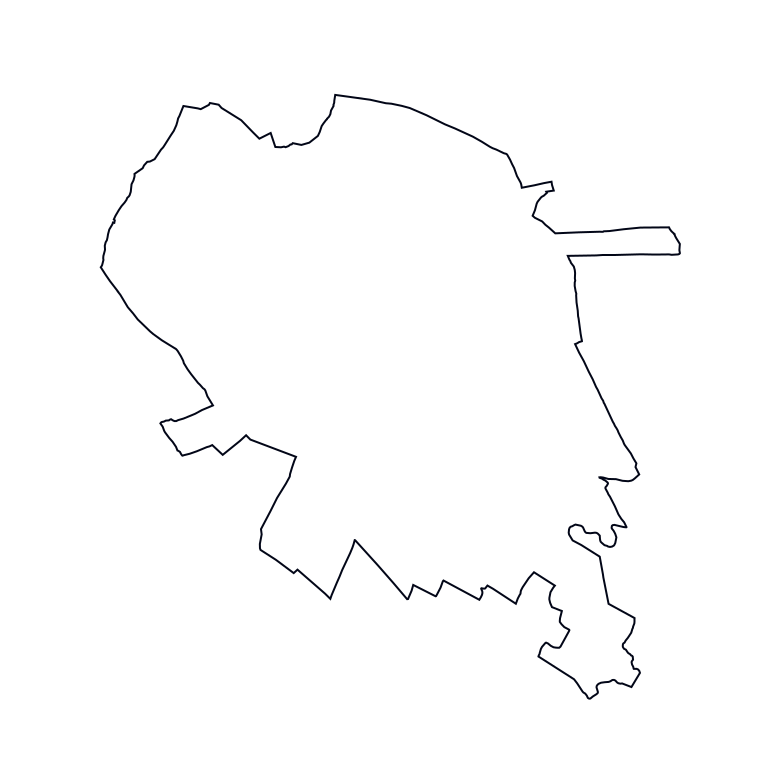 Balasesti, Galati, Romania, rotated 189°
{"feature_id": "2599482B78270721119928", "entity_name": "Balasesti", "entity_type": "district", "adm_level": 2, "iso_a3": "ROU", "parent_name": "Romania", "parent_adm1": "Galati", "projection": "equal_earth", "projection_center": [27.624, 46.103], "detail": "fine", "context": "isolated", "style": "outline", "palette": "ink", "viewbox_px": 768, "rotation_deg": 189, "n_neighbors": 0, "source": "geoboundaries", "source_scale": "gbopen_adm2", "svg_char_len": 6146}
<svg xmlns="http://www.w3.org/2000/svg" viewBox="0 0 768 768"><g transform="rotate(189 384 384)"><path d="M299.2,630.4L301.8,630.7L309.7,633.1L313.6,633.9L316.6,634.9L325.3,638.6L334.9,642.2L353.9,647.5L364.4,650.0L384.0,656.1L401.7,660.6L410.1,661.5L420.6,662.0L426.1,661.6L442.1,662.6L477.4,661.9L477.4,656.0L477.2,654.0L477.6,651.6L477.3,650.8L479.1,645.8L479.2,642.1L480.1,639.4L481.8,637.0L481.8,636.5L482.5,635.7L484.6,631.8L485.9,629.0L486.9,622.9L488.1,618.7L495.5,610.7L503.0,607.2L511.8,607.6L512.7,606.2L513.9,605.9L515.5,604.1L518.2,602.5L519.9,602.8L522.7,601.7L528.4,601.1L535.2,614.2L545.5,606.8L552.7,612.0L566.3,622.2L587.6,631.2L591.0,634.0L599.9,634.3L600.6,632.3L608.0,626.8L611.1,627.1L625.6,627.2L628.0,616.7L628.9,614.1L629.1,611.0L629.6,607.1L631.2,601.2L633.5,596.2L638.1,585.5L639.2,583.1L640.9,580.6L645.7,570.2L650.0,567.1L652.6,566.4L655.2,562.4L656.1,559.4L663.3,552.5L662.9,550.6L662.9,549.5L663.3,545.9L664.6,541.8L664.2,534.2L664.8,530.6L665.4,529.3L666.7,527.7L667.2,525.5L668.6,522.6L671.1,518.6L673.1,514.3L675.5,508.2L676.6,504.3L675.5,503.6L675.6,501.0L677.0,501.1L677.2,499.4L679.5,493.6L680.0,488.7L680.0,485.6L680.2,482.7L681.1,480.4L681.4,476.9L680.6,473.2L680.6,472.1L681.2,466.6L681.0,464.3L680.5,462.6L681.0,457.4L681.5,455.9L682.0,455.0L676.2,448.5L670.8,442.8L661.2,433.7L661.3,433.6L658.4,430.9L649.0,419.7L643.0,414.6L637.3,409.2L623.3,399.4L619.5,397.1L610.2,392.4L594.7,385.9L592.9,384.3L588.9,379.6L586.0,375.6L584.9,373.2L580.2,367.7L575.9,363.4L567.9,356.0L565.7,354.5L562.1,351.5L560.6,350.8L560.0,350.2L559.5,349.7L556.5,344.2L549.6,336.1L559.7,329.8L565.8,325.1L568.2,323.6L576.6,318.5L581.7,316.1L583.4,314.9L585.2,314.6L587.0,315.1L588.8,315.9L589.9,315.3L590.8,314.4L593.8,313.7L595.4,312.5L597.5,311.7L598.2,311.1L598.7,310.1L595.9,307.2L593.8,303.4L592.8,302.1L587.7,297.1L583.8,293.9L579.6,289.4L577.6,286.0L576.6,285.8L574.9,285.0L573.5,283.1L572.2,281.8L571.7,281.7L570.7,282.3L565.0,284.7L558.3,288.3L549.2,293.9L546.6,295.1L544.1,296.8L532.2,288.8L517.4,305.2L512.2,311.8L507.3,308.2L459.5,298.3L460.6,294.0L461.8,286.9L462.7,280.3L462.6,277.8L465.3,270.2L471.8,254.7L476.2,240.8L482.8,221.4L481.3,216.3L481.6,206.6L480.8,202.3L480.0,200.8L463.4,193.5L443.6,183.1L440.4,187.1L409.4,167.7L403.4,163.4L402.7,167.3L399.5,180.3L397.8,186.7L396.2,193.7L391.0,211.6L389.6,217.4L389.0,220.8L388.5,225.2L388.1,225.2L361.5,203.8L343.6,188.9L327.5,175.1L326.6,175.4L326.2,177.1L324.4,184.2L323.7,190.1L299.8,182.4L299.4,182.6L298.7,184.5L296.3,191.7L295.0,198.4L294.5,199.2L256.1,185.8L254.9,188.7L254.2,191.2L254.1,193.0L254.5,194.6L256.0,197.0L255.8,197.5L253.1,197.5L252.1,197.9L250.3,201.1L244.3,198.8L219.4,187.6L218.3,193.0L217.1,196.6L216.4,198.2L216.5,200.6L216.3,201.9L215.3,204.9L210.7,214.8L206.4,221.5L183.7,211.6L185.0,209.3L187.0,204.4L187.2,198.8L187.0,197.1L185.7,193.9L183.2,189.9L172.8,187.6L173.5,180.2L173.3,177.5L173.1,176.5L171.1,174.5L167.9,172.1L162.7,170.3L162.4,169.9L162.7,168.6L168.6,152.2L169.7,150.9L172.7,150.5L175.4,150.5L178.3,151.5L181.5,153.4L183.5,153.9L184.2,153.3L186.8,149.1L187.6,146.8L188.1,142.8L188.1,141.8L188.7,140.1L188.8,139.0L150.1,122.1L146.4,118.6L139.8,111.3L138.8,110.5L136.8,109.7L134.9,107.9L133.6,105.9L132.5,105.4L131.5,105.4L130.9,105.7L128.8,108.1L125.7,110.8L124.7,112.0L124.5,112.6L124.6,113.4L126.6,117.5L126.7,118.8L126.2,120.1L125.2,121.4L122.9,122.9L119.3,124.0L115.5,124.9L113.9,125.8L112.1,127.4L110.5,127.7L109.1,127.3L107.1,125.7L105.7,125.1L103.6,125.0L102.0,125.5L92.2,123.4L86.0,138.7L87.0,140.6L88.4,141.8L89.9,142.2L92.6,141.7L92.9,141.9L93.6,143.7L95.1,145.7L95.9,147.8L95.9,148.8L94.9,150.7L95.7,153.7L96.4,154.3L97.5,154.6L98.6,155.6L100.6,156.4L101.8,157.5L103.5,159.4L105.6,160.1L106.9,161.6L107.2,162.6L107.3,164.4L107.0,165.2L105.9,166.3L105.2,168.4L103.5,171.3L100.9,177.0L100.4,180.8L100.0,182.1L100.0,183.3L99.3,186.6L99.4,188.4L99.8,190.8L99.9,192.0L127.8,202.0L137.1,227.3L137.9,230.0L143.9,247.2L163.9,255.8L173.2,259.0L177.6,264.2L178.3,266.0L178.5,269.4L178.1,271.2L177.2,272.3L175.9,272.9L173.9,274.5L172.9,275.1L167.4,274.8L166.1,274.3L165.0,273.5L162.8,270.1L162.0,269.2L160.9,268.6L156.8,268.9L152.3,270.2L150.7,270.2L149.3,269.6L147.2,268.0L146.4,264.6L145.9,263.1L145.3,262.1L144.4,261.4L141.0,259.3L138.3,259.0L137.3,258.5L135.3,258.4L133.3,259.1L131.7,260.4L131.3,261.2L130.7,263.2L130.5,268.9L132.2,272.2L133.0,273.3L134.3,275.0L136.4,276.9L136.7,277.8L136.7,279.5L136.1,280.3L134.4,280.9L125.2,280.2L122.7,280.3L122.2,280.4L122.1,280.6L125.2,285.0L128.4,287.8L132.0,291.8L136.8,299.3L143.2,308.1L145.1,310.1L146.0,311.6L148.9,315.4L149.1,316.1L149.0,316.8L148.1,318.2L147.2,320.6L147.6,321.6L150.4,323.3L152.2,323.8L154.1,324.7L156.4,325.1L156.6,325.5L155.5,325.8L153.0,325.9L147.6,325.3L140.0,326.3L133.3,325.7L127.5,326.2L124.7,327.2L123.3,328.1L121.5,330.0L117.8,334.6L122.6,341.3L122.3,345.1L126.0,349.5L129.3,354.0L136.7,361.4L137.7,362.7L139.3,365.5L141.8,368.6L144.9,372.9L145.9,374.7L147.4,376.6L149.4,378.8L150.7,380.8L152.1,382.5L163.3,399.1L164.0,399.8L164.9,401.7L166.8,403.8L172.1,411.8L174.1,414.3L178.6,421.3L183.7,428.2L190.2,437.8L196.2,445.5L201.5,453.3L199.6,454.4L197.9,455.9L195.2,457.2L195.4,458.1L196.1,459.8L197.7,464.5L202.1,479.3L202.9,481.3L204.1,486.7L206.6,494.7L208.1,501.7L208.2,503.3L209.3,505.7L211.0,510.7L211.5,514.1L211.3,516.0L212.0,518.2L212.6,523.4L213.4,526.4L214.9,529.7L218.4,533.0L219.1,534.4L220.4,535.9L222.5,539.3L194.5,544.2L188.3,545.6L175.8,547.6L150.5,552.3L136.8,554.2L122.7,556.6L120.1,556.6L113.8,558.0L112.6,558.7L112.2,559.5L113.2,562.4L113.7,568.6L118.2,573.8L119.7,575.8L120.5,577.5L120.9,577.4L121.7,578.4L122.1,578.5L124.2,580.0L126.0,581.8L127.0,583.3L155.2,578.6L171.3,574.4L185.4,570.3L190.8,569.2L191.5,568.6L195.5,568.0L215.2,564.3L238.4,559.6L245.6,564.3L249.5,566.5L253.2,569.3L261.0,571.8L263.5,573.4L262.1,579.2L261.4,586.0L260.8,588.0L258.1,592.8L257.2,593.8L255.7,594.9L253.0,598.3L253.8,599.3L246.6,601.6L249.2,606.9L250.2,610.0L257.5,607.4L266.5,603.8L278.6,599.4L279.7,602.6L280.6,604.3L285.2,610.2L289.3,617.7L291.9,621.2L294.6,625.3L298.3,629.9L299.2,630.4Z" fill="none" stroke="#020617" stroke-width="2"/></g></svg>